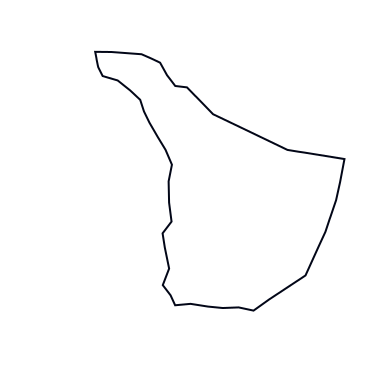 outline of La Pendé, Logone Oriental, Chad, rotated 20°
{"feature_id": "50815135B99305267844407", "entity_name": "La Pendé", "entity_type": "district", "adm_level": 2, "iso_a3": "TCD", "parent_name": "Chad", "parent_adm1": "Logone Oriental", "projection": "orthographic", "projection_center": [16.766, 8.864], "detail": "fine", "context": "isolated", "style": "outline", "palette": "ink", "viewbox_px": 384, "rotation_deg": 20, "n_neighbors": 0, "source": "geoboundaries", "source_scale": "gbopen_adm2", "svg_char_len": 838}
<svg xmlns="http://www.w3.org/2000/svg" viewBox="0 0 384 384"><g transform="rotate(20 192 192)"><path d="M61.3,106.9L61.4,107.0L68.4,113.6L84.0,112.6L98.9,117.6L111.8,123.1L119.3,132.7L128.3,141.4L141.1,152.1L152.7,161.4L163.8,173.2L166.4,190.0L174.1,209.8L182.9,226.8L178.5,240.9L185.4,253.4L196.7,271.8L196.4,289.5L207.2,296.4L214.9,304.2L228.9,297.6L246.2,294.2L260.6,290.5L275.3,284.5L290.4,282.4L301.3,266.5L327.2,231.6L329.7,199.3L331.0,183.8L330.6,169.9L330.6,169.3L330.6,168.2L330.2,150.4L327.8,132.2L324.0,108.9L284.2,116.5L277.9,117.8L276.3,118.1L267.3,119.8L217.0,114.8L185.2,111.7L163.0,100.9L162.7,100.8L162.4,100.7L151.5,95.4L140.0,98.1L132.4,93.2L128.6,90.8L117.8,81.4L108.3,80.5L97.5,79.8L68.4,88.0L53.1,93.4L56.4,98.9L57.1,100.2L60.4,105.6L60.5,105.7L61.3,106.9Z" fill="none" stroke="#020617" stroke-width="2"/></g></svg>